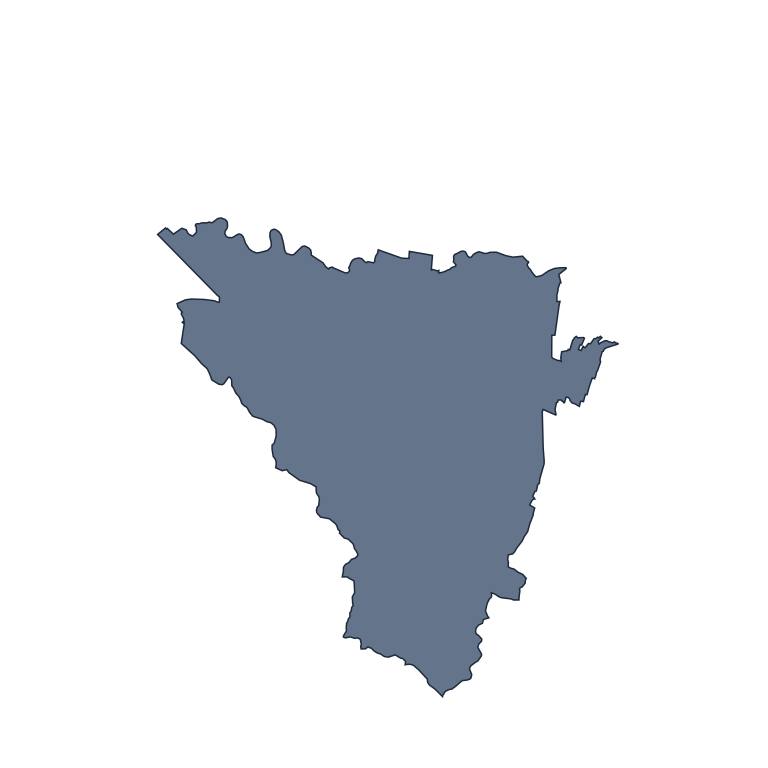 the district of Dragutesti, Gorj, Romania, rotated 44°
{"feature_id": "2599482B69401383147703", "entity_name": "Dragutesti", "entity_type": "district", "adm_level": 2, "iso_a3": "ROU", "parent_name": "Romania", "parent_adm1": "Gorj", "projection": "equal_earth", "projection_center": [23.244, 44.958], "detail": "fine", "context": "isolated", "style": "filled", "palette": "slate", "viewbox_px": 768, "rotation_deg": 44, "n_neighbors": 0, "source": "geoboundaries", "source_scale": "gbopen_adm2", "svg_char_len": 6146}
<svg xmlns="http://www.w3.org/2000/svg" viewBox="0 0 768 768"><g transform="rotate(44 384 384)"><path d="M643.3,568.2L642.5,567.0L642.3,565.2L641.8,564.1L641.8,561.9L643.3,558.2L644.8,556.1L645.6,551.0L646.2,543.8L646.8,542.4L649.6,539.0L650.8,536.4L650.8,535.1L649.0,532.1L643.5,529.6L642.6,528.2L642.2,526.3L643.2,520.1L643.9,518.1L643.0,512.3L642.5,511.2L641.7,510.5L634.3,508.2L632.8,505.1L632.9,501.4L631.4,499.5L626.2,499.2L624.1,499.7L621.7,498.4L619.9,495.8L619.5,491.9L621.0,487.6L619.5,485.2L619.4,483.6L621.9,479.4L619.5,478.9L614.6,476.7L610.9,470.6L610.1,468.6L609.2,465.4L609.3,463.3L609.1,462.3L606.4,459.6L609.6,458.1L614.6,457.2L617.0,456.1L624.9,450.2L627.2,449.4L631.1,445.6L629.2,443.5L625.6,438.6L623.7,437.1L623.6,436.0L624.4,433.7L623.8,429.0L622.7,427.9L621.4,425.7L621.4,425.0L616.0,424.6L611.3,426.2L606.1,426.8L602.8,428.6L600.3,429.2L597.4,425.9L594.7,424.2L592.2,420.5L594.6,416.8L594.5,414.0L593.4,409.6L592.5,401.1L590.8,396.1L589.9,390.4L586.2,383.7L582.2,374.3L581.0,373.1L578.6,368.5L572.9,369.8L571.3,365.0L571.5,362.9L572.3,362.0L571.5,362.0L571.2,361.6L569.3,361.6L568.7,360.9L567.2,356.3L567.9,355.2L565.4,351.0L564.6,350.1L564.7,347.5L562.0,344.0L554.6,330.2L552.7,328.1L542.5,319.0L523.2,300.0L517.5,294.4L516.0,291.9L529.1,287.0L529.1,286.6L524.7,283.5L521.0,277.6L521.5,276.6L520.5,274.4L521.7,273.2L523.0,272.3L523.8,272.7L525.3,272.1L526.2,272.7L526.8,272.1L524.1,266.8L525.8,265.8L527.8,265.7L529.8,266.8L532.6,266.9L535.3,265.6L540.1,264.4L537.6,260.1L537.5,259.7L539.7,258.1L536.1,251.6L537.5,250.7L532.8,242.0L529.7,235.1L531.6,234.0L531.2,233.8L531.4,232.4L528.4,227.2L528.4,226.2L524.9,218.6L524.0,217.2L523.2,217.1L522.0,215.7L518.5,209.2L519.0,208.2L518.2,206.2L518.8,203.4L524.4,193.1L524.5,192.5L524.1,192.3L521.5,193.8L520.6,193.5L519.8,195.5L516.2,197.5L514.2,198.1L512.9,199.3L511.1,204.2L511.0,205.9L508.3,204.5L508.6,199.3L506.5,199.4L506.5,201.5L505.1,201.9L504.9,204.1L503.6,205.4L504.6,211.6L502.9,212.9L503.5,218.0L501.9,219.0L501.6,218.4L501.0,218.5L502.5,223.1L499.8,224.1L497.8,219.3L499.0,218.8L498.9,218.2L496.4,211.8L495.2,212.0L491.3,216.1L489.2,216.2L488.9,218.7L489.5,220.3L489.3,221.2L493.9,230.3L492.5,231.1L493.0,232.3L489.4,237.4L493.0,242.4L495.8,244.6L493.9,245.3L492.4,246.5L488.0,248.2L486.3,248.2L485.4,247.6L470.9,232.4L473.0,230.1L455.6,206.2L453.2,202.3L451.3,204.5L450.1,203.5L446.6,200.0L444.0,195.5L443.1,194.8L440.4,189.3L441.0,188.3L433.7,183.8L434.9,174.4L434.1,173.9L429.5,178.6L426.2,182.7L423.8,188.2L422.1,196.4L419.5,200.6L418.3,201.4L413.4,200.9L409.3,199.9L407.8,200.0L405.0,199.3L403.7,198.2L403.6,196.2L402.9,195.6L402.2,196.2L394.9,195.8L388.6,203.2L382.6,207.0L373.3,211.1L368.8,215.6L367.7,217.8L365.9,220.1L360.5,222.8L359.2,225.4L358.3,228.6L358.7,231.8L358.0,233.3L355.9,234.0L350.8,232.4L349.2,233.0L347.4,234.7L345.6,240.2L344.8,241.7L345.3,243.7L348.1,246.4L349.0,247.9L352.9,248.3L353.5,249.2L353.4,250.2L351.8,253.2L351.6,256.1L350.7,257.6L349.9,260.2L348.0,263.8L346.1,266.1L344.6,264.2L343.7,265.6L339.6,267.7L338.8,269.1L329.5,257.8L310.1,271.0L314.7,276.4L309.3,281.2L286.6,291.5L288.5,294.4L289.2,297.7L290.6,300.4L292.4,302.6L292.4,304.0L287.3,307.3L287.1,308.8L286.2,309.4L280.9,309.3L278.5,310.7L276.8,313.0L275.7,315.1L275.4,317.2L276.2,320.5L277.2,322.5L277.8,324.8L280.2,326.1L280.8,327.0L280.5,329.5L278.6,331.2L267.0,335.6L265.6,335.8L264.0,338.3L264.3,339.7L264.0,339.9L260.3,340.1L255.9,339.2L242.2,341.8L240.5,340.1L238.0,338.5L235.3,338.5L231.3,339.7L229.9,341.4L229.6,342.6L229.2,353.6L227.7,355.5L223.3,357.8L222.1,357.8L219.5,356.7L213.3,352.2L206.6,348.2L202.4,347.5L198.5,348.3L197.2,349.2L196.3,351.3L196.3,352.6L196.9,354.3L199.4,357.2L204.7,360.7L207.2,363.2L207.6,364.6L207.5,368.3L207.1,369.4L203.6,375.3L201.3,378.3L196.8,380.1L193.1,380.5L186.7,379.0L180.7,376.0L177.5,375.7L175.6,376.7L174.9,377.8L173.3,383.7L172.6,384.8L169.7,387.1L167.7,387.4L165.0,386.4L163.6,384.4L163.1,381.5L161.9,379.2L158.7,376.3L155.8,375.9L151.9,377.5L149.9,379.6L149.3,381.5L148.5,386.8L148.0,387.7L145.7,389.0L144.8,390.9L140.9,394.8L139.9,396.9L138.1,398.7L137.7,399.6L138.1,401.0L140.0,401.6L143.4,404.7L143.8,406.4L143.6,410.5L140.0,411.8L137.9,411.7L134.7,410.5L130.4,412.4L128.4,422.5L120.2,422.6L120.0,423.6L118.5,423.4L117.2,433.7L202.5,436.0L204.9,435.7L206.0,436.5L208.7,439.6L207.3,440.7L204.1,442.0L195.8,448.2L186.3,456.8L182.7,461.4L179.3,469.9L182.7,472.0L189.0,472.5L188.9,473.8L189.3,474.3L194.1,476.0L196.2,477.4L196.5,477.9L196.0,478.9L196.1,479.8L197.5,479.6L198.0,478.8L210.0,495.7L228.6,495.1L238.6,496.1L246.2,495.8L252.0,498.0L257.3,500.7L265.4,498.9L268.1,496.8L268.6,495.2L267.5,487.3L267.8,486.5L269.2,486.3L271.4,486.8L275.8,491.0L278.7,491.5L283.5,493.4L288.4,493.8L292.0,495.1L295.0,496.7L298.9,496.8L300.7,496.2L302.4,496.2L306.8,497.7L311.5,498.3L312.8,498.0L321.0,493.8L325.8,492.5L329.7,490.4L333.6,490.1L338.0,491.7L342.5,496.3L345.7,501.9L346.1,503.4L345.9,505.6L348.7,508.6L354.7,513.1L357.3,513.4L360.1,514.6L362.8,517.3L364.2,519.5L371.0,517.1L373.5,513.2L377.4,513.8L390.1,511.9L400.6,506.6L406.8,505.2L409.4,508.0L411.3,509.4L415.1,510.3L417.2,511.4L421.6,516.9L421.5,518.9L423.0,521.7L424.7,523.0L426.2,523.5L430.8,523.8L438.3,518.9L446.5,518.2L448.6,518.8L452.3,520.7L454.3,520.3L455.6,522.2L462.3,522.4L466.0,520.5L472.1,520.4L473.4,520.7L477.3,523.0L479.3,523.2L483.4,524.6L484.2,525.9L484.4,527.4L484.0,529.7L482.4,532.8L482.8,536.9L481.6,540.4L481.9,543.0L482.4,544.3L484.9,547.0L488.0,551.8L491.6,548.2L493.2,548.2L499.3,546.5L507.8,554.4L509.1,559.2L514.0,563.7L515.4,564.3L516.1,567.3L518.1,570.2L518.4,572.3L521.2,575.1L521.5,577.7L522.4,579.2L523.5,582.4L526.8,586.3L528.1,587.1L528.8,588.7L529.7,593.1L530.4,594.1L531.3,594.1L532.8,593.2L535.3,589.4L539.6,587.3L541.1,585.3L542.3,584.6L544.4,584.2L548.5,587.0L549.6,589.0L551.6,590.5L554.6,587.4L555.1,584.1L557.0,583.7L558.5,582.7L561.6,583.0L565.2,582.4L569.6,580.5L573.6,579.8L577.0,577.3L580.2,571.1L586.2,569.7L588.2,568.5L592.1,568.5L594.3,571.3L595.3,569.7L597.7,567.3L600.6,565.9L607.3,565.5L620.0,566.2L622.8,568.4L625.8,569.0L632.8,568.0L643.3,568.2Z" fill="#64748b" stroke="#1e293b" stroke-width="1.5"/></g></svg>